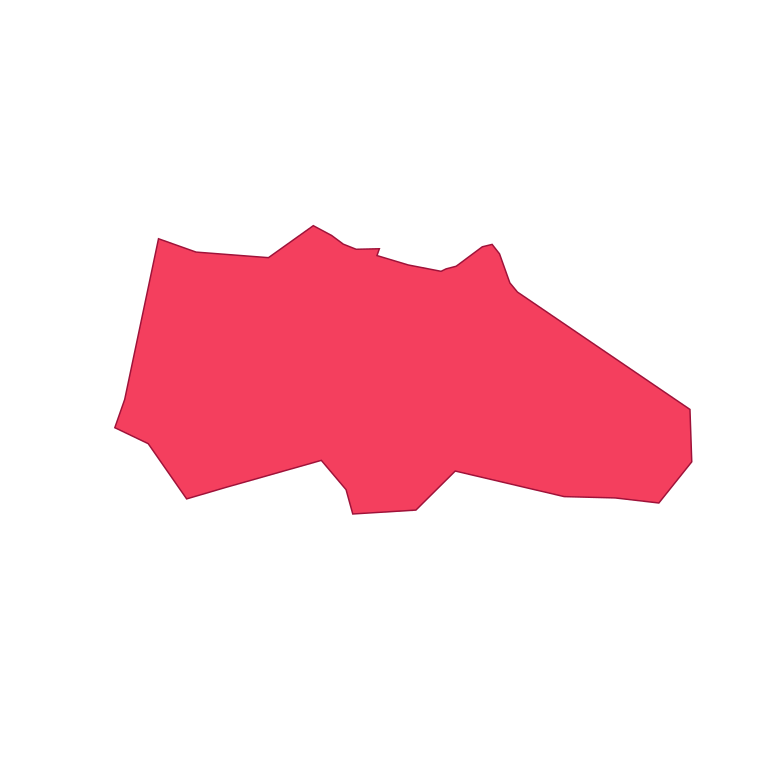 the border of Santa Cruz, rotated 332°
{"feature_id": "CPV-5048", "entity_name": "Santa Cruz", "entity_type": "state/province", "adm_level": 1, "iso_a3": "CPV", "parent_name": "Cabo Verde", "parent_adm1": "", "projection": "mercator", "projection_center": [-23.551, 15.108], "detail": "fine", "context": "isolated", "style": "filled", "palette": "rose", "viewbox_px": 768, "rotation_deg": 332, "n_neighbors": 0, "source": "natural_earth", "source_scale": "10m", "svg_char_len": 579}
<svg xmlns="http://www.w3.org/2000/svg" viewBox="0 0 768 768"><g transform="rotate(332 384 384)"><path d="M253.1,149.9L280.0,179.3L341.3,218.2L395.9,211.0L407.6,228.5L413.7,241.4L422.7,252.0L443.4,262.4L438.1,267.3L461.2,290.2L487.3,311.3L492.9,311.5L503.0,313.9L535.2,309.0L545.0,311.5L547.1,323.3L542.6,353.8L545.0,365.5L642.2,550.1L619.2,597.2L570.8,618.1L534.6,593.1L490.2,568.0L406.0,494.3L353.0,510.3L295.4,484.1L300.9,459.5L292.8,422.0L196.1,401.1L155.8,392.8L147.8,326.0L125.8,296.2L147.8,275.9L253.1,149.9Z" fill="#f43f5e" stroke="#9f1239" stroke-width="1.5"/></g></svg>